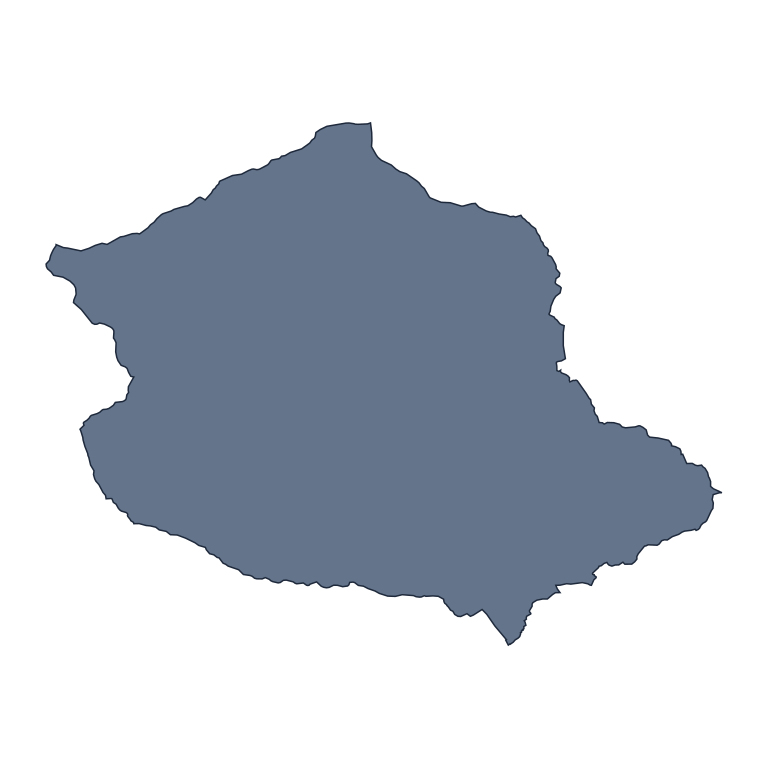 the district of Comarnic, Prahova, Romania
{"feature_id": "2599482B19428684373237", "entity_name": "Comarnic", "entity_type": "district", "adm_level": 2, "iso_a3": "ROU", "parent_name": "Romania", "parent_adm1": "Prahova", "projection": "robinson", "projection_center": [25.622, 45.269], "detail": "fine", "context": "isolated", "style": "filled", "palette": "slate", "viewbox_px": 768, "rotation_deg": 0, "n_neighbors": 0, "source": "geoboundaries", "source_scale": "gbopen_adm2", "svg_char_len": 6080}
<svg xmlns="http://www.w3.org/2000/svg" viewBox="0 0 768 768"><path d="M721.9,492.7L713.3,488.7L710.6,486.4L710.6,481.5L709.4,478.2L708.5,476.7L707.6,472.6L705.1,468.4L702.9,466.8L701.6,465.1L697.6,465.7L695.4,465.2L692.3,463.4L686.7,463.5L682.7,454.2L681.2,454.5L680.9,451.2L679.8,448.8L675.5,446.7L671.5,445.8L671.6,444.7L670.9,443.1L668.5,440.3L658.1,438.0L649.6,437.1L647.6,435.1L646.2,429.9L643.0,427.4L639.9,425.8L638.6,425.8L635.3,426.9L625.5,427.8L622.2,427.0L619.6,424.3L613.8,422.7L607.3,422.5L604.4,424.0L603.5,423.7L602.6,422.8L599.1,422.5L597.3,416.4L595.2,414.1L594.0,410.7L594.4,407.9L591.4,404.2L590.6,399.6L589.1,398.2L586.2,393.4L577.3,380.8L576.0,380.1L574.6,380.5L573.1,380.4L569.9,381.9L569.3,380.4L569.5,377.8L568.1,376.1L566.1,374.7L561.5,372.9L560.4,371.5L560.6,370.2L558.9,371.4L556.9,370.6L556.8,366.1L556.3,362.9L556.5,362.2L557.8,361.5L561.4,360.9L565.4,358.7L563.3,345.6L563.3,332.5L564.2,325.7L561.3,324.6L559.6,323.5L556.9,320.0L554.9,318.6L554.3,317.2L550.1,315.2L549.1,314.4L549.0,313.9L550.2,311.3L550.9,306.2L553.7,299.4L555.7,296.3L560.1,292.9L561.2,287.9L560.0,286.5L556.5,284.4L555.5,283.4L555.2,282.7L556.0,278.6L559.2,276.3L559.8,273.2L556.1,268.8L556.2,266.7L555.6,264.5L552.0,257.8L550.7,256.3L548.0,255.4L547.7,253.2L548.4,251.2L548.2,249.7L547.0,248.1L544.7,246.6L543.4,244.7L543.0,242.9L540.9,240.6L539.5,236.1L537.0,232.8L535.5,228.7L531.3,225.7L528.9,222.9L527.1,221.9L524.7,219.3L522.5,217.8L520.9,215.3L515.6,217.0L513.5,216.3L510.2,216.7L506.3,215.1L499.1,214.0L492.7,212.3L490.3,212.2L486.3,211.0L478.7,207.1L475.4,203.4L471.7,203.7L463.0,206.1L461.4,206.1L450.2,202.7L441.1,202.3L430.2,197.9L429.2,196.9L424.3,188.5L421.5,186.2L419.0,182.8L416.9,181.0L406.5,173.8L399.8,171.6L395.9,169.1L391.3,165.0L381.5,160.4L378.0,157.4L376.3,155.1L371.5,146.7L371.9,140.6L371.7,132.6L370.5,122.9L367.6,123.9L358.4,124.3L355.3,124.2L353.9,123.7L349.1,123.0L345.9,123.1L326.9,126.3L320.3,129.5L315.9,132.5L315.3,136.3L314.5,138.2L311.8,140.2L309.7,143.1L301.6,148.9L290.5,152.4L285.1,155.6L281.5,156.2L280.3,157.7L278.9,158.7L271.9,160.0L270.8,160.8L268.8,163.7L267.7,164.8L259.2,169.3L256.9,169.7L253.4,169.0L251.8,169.2L248.4,170.6L241.5,174.2L232.5,175.5L220.1,181.0L219.5,181.5L218.7,184.0L216.5,186.0L215.2,188.2L213.3,189.6L211.4,193.0L205.2,199.9L200.5,197.3L199.1,197.4L196.5,199.0L192.8,202.6L187.8,205.8L184.3,206.4L173.9,209.4L171.2,211.0L163.0,213.7L161.4,214.6L156.9,218.7L154.1,222.2L150.5,224.8L148.0,227.8L139.6,233.9L137.1,233.4L132.3,233.7L123.8,236.4L120.4,236.9L107.1,244.4L102.0,243.3L95.2,245.4L89.0,248.3L81.0,250.9L67.7,248.1L63.4,247.6L56.1,244.6L56.1,245.6L53.5,249.4L51.7,253.1L50.6,255.7L49.5,260.3L46.1,264.0L46.4,266.6L47.5,268.8L51.2,272.0L53.6,275.3L63.1,277.2L70.0,281.1L73.9,284.8L75.6,288.0L76.1,293.6L76.0,294.7L73.9,299.9L73.5,302.6L81.3,309.5L92.2,323.2L94.7,324.3L96.9,324.2L99.6,323.0L104.4,324.1L110.3,326.9L111.9,328.0L113.1,329.3L113.8,330.6L113.9,332.2L113.5,338.1L114.7,339.8L116.1,342.8L115.7,351.8L116.7,357.1L118.0,360.7L121.1,365.3L125.3,366.9L127.1,368.4L128.6,372.4L130.8,376.3L133.8,377.0L128.4,386.7L128.2,390.4L128.6,392.4L126.8,394.9L126.2,398.7L125.6,399.8L123.7,401.1L122.3,401.6L115.3,402.4L113.4,405.3L109.0,408.4L106.6,409.2L103.2,409.5L102.2,410.0L99.7,412.3L97.1,413.6L91.3,415.4L90.2,416.4L89.1,418.2L87.0,420.2L83.6,422.4L83.4,423.4L84.0,425.3L80.0,429.2L80.9,431.2L82.8,437.4L83.1,440.0L84.9,446.4L87.7,453.5L88.0,455.6L88.8,457.4L90.6,465.1L94.0,470.8L93.5,474.6L94.7,478.8L95.9,481.2L98.9,484.6L103.0,492.4L105.5,495.3L106.1,498.8L111.2,498.5L112.0,498.9L113.4,502.4L116.1,504.2L118.3,508.2L119.7,509.9L121.4,511.1L126.1,512.5L127.3,513.4L127.7,514.2L127.5,515.7L127.9,516.6L130.3,519.6L130.8,520.7L133.5,522.4L133.8,523.7L139.2,523.6L146.1,525.5L150.3,525.9L155.8,527.2L159.2,529.9L166.3,531.4L170.4,534.7L177.2,535.0L185.5,538.1L195.1,542.8L198.7,545.4L205.4,547.4L206.3,549.7L209.6,553.7L213.8,554.8L217.1,557.4L219.1,557.9L223.1,563.2L225.7,564.3L228.1,566.1L238.6,569.7L243.4,574.5L250.2,575.5L252.2,576.3L254.5,578.2L256.6,578.8L262.2,578.9L265.3,577.6L269.4,579.4L270.6,580.6L272.6,581.6L278.1,582.9L280.3,582.5L283.4,580.3L286.3,580.1L293.3,581.9L295.0,583.2L296.7,583.8L303.4,583.0L306.5,585.2L307.9,585.5L309.1,585.2L310.2,584.1L316.6,581.9L321.2,586.2L323.7,587.3L326.5,587.8L329.2,587.4L333.6,585.2L337.6,585.3L342.7,586.7L347.6,586.0L348.9,584.8L349.7,582.4L353.0,582.1L354.7,582.6L358.3,585.4L363.5,586.2L368.1,588.6L375.0,591.0L379.3,593.4L387.7,596.1L395.3,596.4L402.2,594.7L413.6,595.6L416.1,596.7L419.4,597.1L421.3,597.0L424.3,595.7L425.9,596.3L432.9,595.9L438.3,596.3L443.6,599.2L444.0,601.7L444.7,603.2L446.6,604.7L446.9,605.5L448.4,607.0L450.5,610.1L452.9,611.3L454.7,614.4L457.9,616.3L460.7,616.5L467.0,613.7L470.4,616.3L473.3,615.1L482.1,609.5L486.8,614.3L494.8,625.9L506.4,639.7L505.7,640.1L508.3,645.1L510.0,643.9L510.3,644.2L513.2,642.2L515.3,639.8L517.9,638.3L519.7,636.6L520.6,633.9L520.5,632.6L521.5,632.3L521.5,630.9L523.1,630.2L523.2,629.8L522.7,629.5L523.9,628.7L523.8,626.5L525.9,625.3L525.0,621.9L524.2,620.8L526.4,619.2L526.2,618.1L526.6,616.3L530.7,614.0L530.8,613.3L529.6,611.9L529.4,610.8L532.1,606.3L532.1,604.1L532.9,602.6L536.8,600.2L542.7,599.0L547.4,599.0L552.6,594.5L555.4,592.7L560.0,592.6L557.3,588.9L555.8,585.3L560.0,585.2L566.6,583.7L570.9,584.1L582.3,582.6L587.8,583.8L590.1,585.1L591.4,585.3L593.9,579.7L595.9,578.0L596.2,577.3L596.1,576.8L594.3,575.6L594.2,574.7L592.7,574.3L592.5,573.5L592.8,572.9L598.1,568.0L598.7,567.2L598.9,566.3L601.3,565.7L604.1,563.4L606.9,562.4L607.7,563.8L609.0,565.1L611.9,566.1L615.3,565.0L618.8,564.9L622.9,562.2L624.8,564.2L631.8,564.1L634.7,561.8L636.9,559.1L636.8,556.6L638.3,553.7L644.5,546.1L645.9,545.9L648.1,544.8L657.2,545.2L659.2,544.0L661.7,540.7L664.4,539.8L667.3,540.0L672.4,536.6L678.8,534.3L682.1,532.1L684.6,531.1L691.1,530.3L694.6,529.3L695.2,529.3L696.1,530.4L698.2,529.5L699.5,528.3L701.1,525.1L703.0,523.2L705.4,521.9L706.6,520.7L711.4,510.5L712.9,508.4L713.3,503.0L712.2,499.5L713.2,494.6L719.3,492.8L721.9,492.7Z" fill="#64748b" stroke="#1e293b" stroke-width="1.5"/></svg>